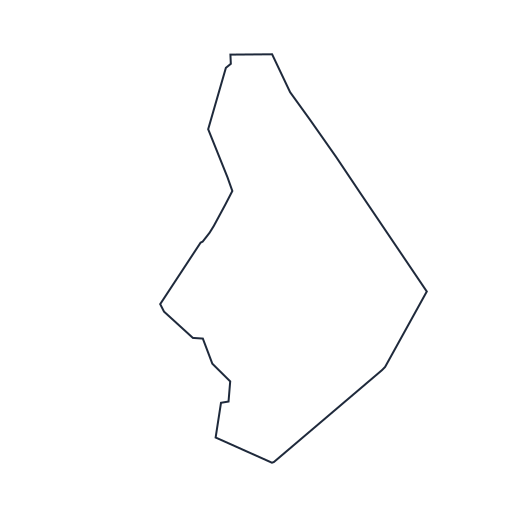 Putnam, West Virginia, United States of America, rotated 149°
{"feature_id": "52423323B57227044271889", "entity_name": "Putnam", "entity_type": "district", "adm_level": 2, "iso_a3": "USA", "parent_name": "United States of America", "parent_adm1": "West Virginia", "projection": "albers", "projection_center": [-81.873, 38.475], "detail": "fine", "context": "isolated", "style": "outline", "palette": "slate", "viewbox_px": 512, "rotation_deg": 149, "n_neighbors": 0, "source": "geoboundaries", "source_scale": "gbopen_adm2", "svg_char_len": 545}
<svg xmlns="http://www.w3.org/2000/svg" viewBox="0 0 512 512"><g transform="rotate(149 256 256)"><path d="M231.7,389.3L239.9,338.2L242.8,323.9L256.1,315.7L276.7,303.5L283.9,299.8L294.3,295.8L296.6,296.0L362.9,264.1L363.5,255.7L352.3,218.3L344.1,212.6L348.9,186.2L342.7,161.8L354.5,145.4L361.6,148.2L384.1,121.2L348.8,70.6L346.8,70.2L330.9,72.8L206.7,93.3L202.5,94.4L127.9,137.6L134.2,256.5L136.3,299.3L139.6,345.7L142.4,378.8L138.3,420.6L174.2,441.8L178.6,433.7L184.9,432.8L231.7,389.3Z" fill="none" stroke="#1e293b" stroke-width="2"/></g></svg>